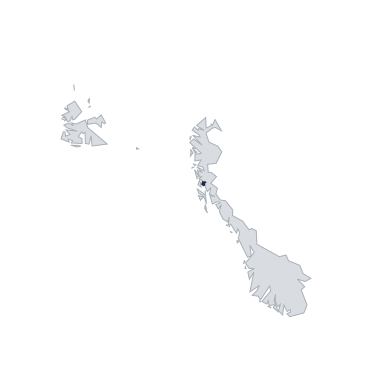 Dyrøy nor, Troms, Norway (highlighted), rotated 294°
{"feature_id": "86288312B15388933867653", "entity_name": "Dyrøy nor", "entity_type": "district", "adm_level": 2, "iso_a3": "NOR", "parent_name": "Norway", "parent_adm1": "Troms", "projection": "orthographic", "projection_center": [17.654, 69.021], "detail": "fine", "context": "in_parent", "style": "filled", "palette": "slate", "viewbox_px": 384, "rotation_deg": 294, "n_neighbors": 0, "source": "geoboundaries", "source_scale": "gbopen_adm2", "svg_char_len": 4946}
<svg xmlns="http://www.w3.org/2000/svg" viewBox="0 0 384 384"><g transform="rotate(294 192 192)"><path d="M223.6,195.0L216.5,198.9L217.7,201.2L216.1,208.1L207.6,205.6L205.7,213.7L199.8,214.7L196.2,221.1L197.6,226.2L192.3,236.4L186.9,238.6L186.0,250.0L180.6,259.6L183.0,261.4L182.7,266.5L170.7,272.5L168.4,298.1L172.7,303.5L168.5,308.0L168.8,320.3L162.6,326.7L161.5,335.7L156.2,331.7L155.3,323.6L151.3,333.5L147.1,331.5L135.5,343.1L126.9,343.3L117.9,332.0L119.3,328.3L122.4,330.9L124.5,329.5L121.5,327.5L126.1,322.0L116.5,324.8L118.8,319.4L125.4,318.3L122.2,317.1L125.9,312.6L132.3,310.0L126.3,311.2L117.7,319.3L119.3,313.4L122.6,313.5L119.7,308.5L123.7,305.9L120.1,305.9L120.4,300.4L133.5,304.1L137.8,301.2L121.5,298.5L123.7,294.8L122.2,289.0L128.8,291.6L133.6,291.3L124.3,285.5L144.1,281.1L135.6,279.9L141.6,275.6L147.6,280.1L145.4,275.4L148.8,269.8L161.9,273.4L166.9,266.5L157.6,272.2L155.0,269.2L168.4,253.2L174.4,252.0L177.0,248.9L172.5,249.4L178.3,240.5L177.1,238.4L184.2,236.2L179.1,236.7L180.0,231.1L185.3,224.9L192.3,224.0L187.2,222.9L190.1,218.8L193.4,222.1L194.0,219.7L189.4,215.5L195.9,210.0L197.3,214.8L196.9,208.8L203.8,207.4L198.6,205.8L206.5,197.3L207.2,192.9L210.2,195.0L209.0,192.6L214.0,188.2L214.0,193.4L217.0,186.1L216.3,194.5L219.2,191.9L218.4,186.5L224.9,187.2L221.6,181.9L227.6,179.5L231.2,184.6L236.2,169.9L241.1,171.9L238.9,182.0L244.1,170.1L245.5,177.0L247.1,175.3L248.6,167.0L252.4,167.9L250.9,172.4L252.6,172.2L253.2,178.0L254.6,169.1L265.6,174.2L256.2,178.9L261.5,183.5L267.5,183.6L259.9,194.0L260.5,187.5L259.1,185.0L251.6,180.8L244.5,187.1L244.3,196.9L240.9,202.9L228.1,202.4L223.6,195.0ZM201.0,47.7L204.8,51.2L204.3,56.8L206.2,53.8L206.9,58.4L214.4,65.3L208.5,70.4L201.3,95.0L193.4,82.0L202.2,77.0L193.9,78.5L192.9,74.9L203.0,70.0L201.0,68.8L201.9,66.6L196.3,65.6L196.0,69.8L191.6,71.9L187.7,61.8L190.4,62.1L189.8,57.4L187.6,59.4L187.2,50.8L194.7,50.0L195.2,51.4L191.6,53.8L194.9,57.1L197.4,51.5L200.9,62.3L199.8,52.3L201.0,47.7ZM209.1,41.9L215.4,47.4L216.5,41.5L217.3,42.1L217.1,45.3L219.9,42.8L227.3,47.9L220.6,58.6L210.5,55.2L209.4,53.9L212.0,51.7L206.9,51.7L205.8,49.4L207.2,47.9L204.9,46.5L208.3,46.8L207.8,43.9L209.2,45.3L209.1,41.9ZM215.1,67.2L220.7,72.8L220.0,75.1L225.5,77.7L220.0,84.9L218.8,84.4L219.3,81.1L214.1,82.8L215.9,76.3L211.4,69.0L215.1,67.2ZM194.8,205.3L198.8,203.3L186.9,210.1L193.0,204.5L193.6,198.6L196.9,195.6L194.8,205.3ZM201.1,194.4L206.4,194.0L200.2,198.4L201.1,194.4ZM206.3,191.1L213.5,185.2L209.8,191.4L206.3,191.1ZM185.5,62.3L188.2,68.9L188.7,71.8L186.3,68.4L185.5,62.3ZM191.4,199.2L192.1,204.5L187.9,203.0L191.4,199.2ZM230.5,173.1L228.1,177.1L224.1,175.9L228.5,174.8L230.5,173.1ZM231.3,175.8L230.4,180.3L228.7,179.3L231.3,175.8ZM182.0,210.2L186.2,209.3L181.4,212.5L182.0,210.2ZM241.2,40.9L236.8,43.3L241.3,40.7L241.2,40.9ZM232.8,59.9L236.1,60.2L231.5,61.8L232.8,59.9ZM238.6,169.2L241.3,167.9L242.3,168.6L238.6,169.2ZM233.0,174.5L232.7,176.9L231.7,175.0L233.0,174.5ZM218.3,182.1L218.4,184.5L217.2,183.7L218.3,182.1ZM209.9,123.3L209.7,125.6L208.5,123.8L209.9,123.3ZM229.5,64.2L228.0,64.1L227.7,63.3L229.5,64.2ZM165.7,252.8L166.4,254.9L163.9,254.1L165.7,252.8ZM213.4,181.8L214.9,182.6L215.8,184.0L213.4,181.8ZM205.8,43.6L206.4,45.1L205.5,44.5L205.8,43.6ZM150.3,268.6L147.2,268.3L150.5,267.7L150.3,268.6ZM145.5,271.1L144.1,272.5L143.7,271.6L145.5,271.1ZM180.7,213.0L179.2,214.7L180.9,211.7L180.7,213.0ZM119.0,309.1L118.1,311.6L118.5,308.2L119.0,309.1ZM175.9,238.7L175.4,237.1L176.3,237.2L175.9,238.7ZM261.7,181.2L261.7,183.1L261.6,182.8L261.7,181.2ZM176.6,240.2L174.9,240.4L177.0,239.9L176.6,240.2ZM171.5,243.4L171.5,244.9L170.8,244.3L171.5,243.4ZM120.3,298.1L119.2,299.5L119.6,298.2L120.3,298.1Z" fill="#d9dde1" stroke="#a8b0b8" stroke-width="1"/><path d="M206.3,199.7L206.2,199.5L206.0,199.2L205.9,199.1L205.7,198.9L205.5,198.7L205.5,198.4L205.6,198.2L205.7,197.9L205.7,197.7L205.4,197.6L205.2,197.6L205.0,197.8L204.9,197.8L204.7,197.8L204.4,197.8L204.3,198.0L204.2,198.0L204.3,198.1L204.5,198.2L204.5,198.3L204.4,198.3L204.3,198.5L204.2,198.6L204.1,198.8L203.9,198.9L203.8,199.0L203.7,199.1L203.7,199.3L203.5,199.5L203.4,199.5L203.5,199.6L203.8,199.7L203.8,199.8L203.9,200.0L203.7,200.0L203.4,200.1L203.5,200.2L203.5,200.3L203.4,200.4L203.4,200.5L203.5,200.6L203.7,200.4L203.8,200.4L203.9,200.2L204.0,200.2L204.3,200.1L204.3,199.9L204.2,199.9L204.2,199.7L204.3,199.5L204.3,199.4L204.5,199.3L204.9,199.4L205.1,199.3L205.2,199.5L205.3,199.5L205.5,199.7L205.6,199.8L205.8,199.9L205.9,200.0L205.9,199.9L206.0,199.9L206.2,199.7L206.3,199.7ZM203.9,198.1L204.0,198.1L203.9,198.1L203.7,198.2L203.5,198.3L203.4,198.2L203.4,198.3L203.2,198.3L203.1,198.5L202.9,198.8L202.8,199.0L202.9,199.3L202.8,199.5L203.0,199.6L203.2,199.4L203.3,199.3L203.2,199.3L203.3,199.2L203.4,198.9L203.5,198.9L203.7,198.7L203.8,198.7L203.7,198.7L203.8,198.6L203.7,198.6L203.8,198.6L203.8,198.4L203.9,198.2L203.9,198.3L204.0,198.2L203.9,198.2L203.9,198.1Z" fill="#64748b" stroke="#1e293b" stroke-width="1.5"/></g></svg>